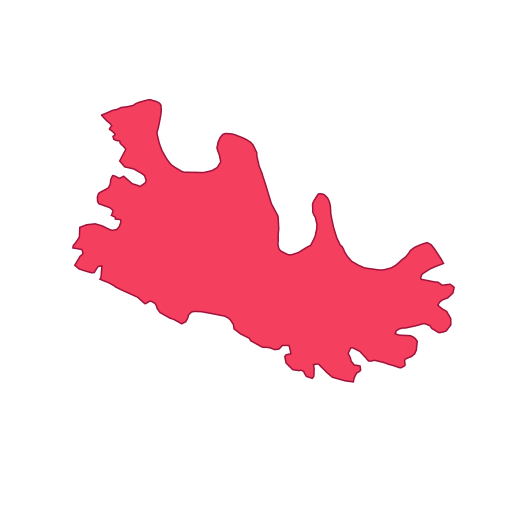 outline of Kafr Al-Zayyat, Al Gharbiyah, Egypt, rotated 119°
{"feature_id": "37247803B98548852573050", "entity_name": "Kafr Al-Zayyat", "entity_type": "district", "adm_level": 2, "iso_a3": "EGY", "parent_name": "Egypt", "parent_adm1": "Al Gharbiyah", "projection": "equal_earth", "projection_center": [30.818, 30.807], "detail": "fine", "context": "isolated", "style": "filled", "palette": "rose", "viewbox_px": 512, "rotation_deg": 119, "n_neighbors": 0, "source": "geoboundaries", "source_scale": "gbopen_adm2", "svg_char_len": 6030}
<svg xmlns="http://www.w3.org/2000/svg" viewBox="0 0 512 512"><g transform="rotate(119 256 256)"><path d="M187.5,67.4L187.0,68.8L186.6,72.6L190.9,78.4L191.4,79.0L191.1,80.3L190.7,84.1L192.2,87.5L196.3,100.3L194.8,101.6L191.4,102.0L183.2,97.7L178.7,94.3L176.1,92.2L173.1,89.6L172.0,88.8L171.6,88.4L168.9,92.6L163.0,103.9L161.2,108.3L161.3,112.7L162.9,114.4L165.5,116.8L168.1,118.9L171.6,121.5L174.5,122.8L176.3,123.6L179.6,123.8L183.8,124.5L188.9,126.7L192.7,127.9L196.8,129.5L200.8,131.9L205.6,136.9L207.8,140.0L209.4,143.7L210.8,147.5L212.5,151.8L213.8,155.4L214.4,161.6L214.3,169.9L213.9,170.8L211.9,176.3L209.5,180.5L207.5,182.9L206.0,185.3L205.6,187.8L204.3,189.4L201.2,193.9L193.5,201.9L187.8,206.9L185.3,209.0L182.9,211.0L179.8,212.9L176.8,214.8L173.9,217.2L171.9,219.7L170.7,221.3L170.1,222.9L169.7,224.4L169.4,225.7L169.4,227.4L170.1,229.2L170.5,230.3L171.7,231.6L177.0,232.0L181.7,232.0L183.8,231.4L188.1,228.7L189.3,228.2L190.5,227.2L192.2,224.9L193.6,222.6L195.5,221.0L198.8,218.0L199.5,217.7L201.5,216.7L203.7,215.7L206.4,215.1L209.6,213.9L213.0,213.6L216.4,213.5L220.0,213.3L224.6,216.3L225.2,216.6L232.1,220.4L234.1,222.1L237.0,224.8L237.3,225.1L239.0,227.5L239.4,230.1L239.5,232.9L239.6,236.6L238.9,238.8L238.1,240.0L236.0,241.7L234.9,242.7L231.7,244.0L228.4,245.9L226.3,247.1L221.2,249.3L216.5,252.2L214.6,253.4L212.1,254.9L210.3,256.3L205.4,263.9L202.8,267.9L194.0,277.0L189.3,281.8L182.7,288.9L181.0,290.6L175.9,296.8L168.1,303.8L165.2,305.5L160.5,312.1L159.2,315.6L159.1,316.1L159.1,316.6L159.1,317.1L159.0,317.6L159.0,318.2L159.0,318.7L158.9,319.2L158.9,319.7L158.9,320.2L158.9,320.7L158.9,321.2L158.9,321.7L158.9,322.2L158.9,322.8L159.0,323.3L159.0,323.8L159.0,324.3L159.1,324.8L159.1,325.3L159.2,325.8L159.2,326.3L159.3,326.8L159.4,327.3L159.5,327.8L159.5,328.3L159.6,328.8L159.7,329.5L159.8,330.3L159.9,331.0L159.9,331.7L160.1,332.5L160.2,333.2L160.3,333.9L160.5,334.6L160.7,335.3L160.9,336.0L161.2,336.7L161.5,337.4L161.7,338.1L162.0,338.7L162.4,339.3L162.7,340.1L162.9,340.7L163.2,341.2L163.6,341.9L164.1,342.6L164.7,343.1L165.1,343.5L165.5,343.7L165.8,343.9L166.1,344.0L166.6,344.2L170.0,344.8L175.0,344.3L177.9,343.3L180.2,342.7L182.5,340.5L185.5,336.9L187.8,335.0L190.7,332.5L197.3,332.7L202.8,336.0L208.2,342.0L208.9,343.1L212.1,349.3L214.7,354.1L216.8,358.1L217.5,359.0L217.7,359.9L218.0,362.2L217.8,369.6L217.5,373.2L216.8,375.8L215.4,379.0L214.3,381.3L209.7,388.9L205.8,393.6L203.5,396.0L200.6,398.6L197.6,401.4L195.9,402.5L192.7,403.3L190.2,403.9L183.1,406.2L178.6,407.7L173.8,409.8L172.1,411.2L170.7,411.8L170.0,412.6L169.4,413.7L169.1,415.3L169.2,418.3L170.0,421.4L170.4,423.7L171.0,425.1L172.8,427.2L175.6,430.1L179.0,433.5L181.7,435.4L183.9,436.4L188.4,441.6L191.4,445.9L195.1,448.5L198.3,452.2L203.0,455.7L207.1,459.0L207.6,459.7L207.6,459.8L209.1,455.3L209.8,453.1L210.0,452.6L210.6,449.3L211.1,447.3L211.3,446.7L212.0,445.3L212.8,445.5L215.5,445.9L216.2,445.5L216.6,442.1L217.7,438.3L219.2,438.2L220.7,439.1L222.9,437.0L222.6,433.6L221.4,431.0L223.3,429.3L224.4,425.1L224.8,424.0L225.7,421.6L229.3,421.5L239.0,421.3L241.7,414.0L240.8,411.1L239.1,405.0L239.2,396.5L239.2,395.7L239.8,392.3L243.4,388.5L245.9,388.4L248.8,389.8L251.5,391.2L251.5,393.1L252.8,399.4L250.4,410.4L254.3,413.1L254.5,418.4L255.2,420.4L259.4,420.1L262.0,419.1L264.3,418.2L267.2,418.2L268.0,418.2L270.4,419.6L273.1,421.4L274.9,422.6L277.5,424.0L280.8,423.4L281.4,423.3L285.1,421.0L286.5,418.8L284.6,407.3L285.0,404.7L286.2,402.5L288.0,402.6L289.5,402.2L290.6,402.2L290.3,397.9L291.9,396.9L289.9,392.3L290.6,391.2L291.8,390.7L296.6,389.8L300.4,390.7L302.3,392.9L303.0,393.7L303.8,396.2L303.8,397.1L304.0,399.7L304.1,402.7L304.3,405.6L305.0,408.6L305.4,410.3L305.8,412.2L310.8,419.3L316.4,424.0L325.2,419.6L332.0,420.2L335.4,420.9L337.7,420.1L334.7,411.3L337.9,408.4L339.2,408.8L341.5,409.7L345.8,409.8L352.0,410.0L353.1,404.4L352.6,401.9L352.3,400.0L351.3,395.5L350.4,391.7L348.9,389.5L341.8,389.1L339.4,386.0L343.2,384.2L344.8,383.5L349.8,381.2L351.9,381.3L351.6,377.6L350.8,372.1L350.8,369.5L350.8,365.3L351.2,364.0L350.9,357.2L350.7,355.1L350.5,352.5L350.1,347.8L349.8,344.0L349.5,340.7L349.4,339.7L350.5,335.0L351.6,330.3L351.3,329.5L346.8,326.9L346.4,325.6L346.4,322.2L346.8,320.5L348.7,318.0L349.8,317.1L352.0,312.4L352.0,307.7L352.1,301.4L351.9,300.3L351.3,297.1L351.3,288.1L347.6,285.6L343.8,285.6L339.7,286.4L337.1,285.5L336.0,285.1L334.6,283.2L334.1,282.6L333.0,280.4L331.1,276.6L328.5,268.9L327.8,266.8L326.3,262.1L323.7,254.0L323.7,251.8L323.7,249.7L324.1,248.4L324.4,247.2L326.7,242.9L327.4,242.1L330.4,239.9L331.6,231.8L331.2,222.0L332.7,219.5L332.7,210.5L332.7,206.7L332.0,204.6L330.9,202.9L329.4,199.0L329.4,198.2L328.7,193.9L327.5,192.5L326.4,190.9L323.8,190.1L321.5,189.6L318.2,183.7L323.4,179.0L324.9,178.1L325.7,179.4L326.8,180.7L328.3,182.0L330.1,182.0L335.0,177.8L337.6,168.8L335.4,162.8L334.3,161.6L333.9,160.7L333.9,158.2L335.0,156.9L336.9,153.5L336.2,150.0L335.8,147.5L333.5,147.1L331.3,147.9L329.1,149.2L326.4,150.5L323.1,153.0L320.4,149.6L320.5,147.9L321.6,144.5L322.1,142.4L323.5,137.7L325.0,130.4L324.2,127.0L322.0,117.7L320.5,113.8L318.9,109.8L316.0,110.8L312.6,111.2L309.6,111.2L306.7,109.5L305.2,109.1L303.5,110.3L301.8,111.6L302.2,113.3L303.7,117.2L301.8,121.9L300.3,123.1L298.4,125.3L296.5,128.2L295.0,128.3L290.5,128.6L290.2,128.2L289.4,126.9L289.1,118.8L290.6,114.2L291.7,110.8L292.8,108.2L293.2,106.5L292.1,104.4L289.8,101.8L287.6,94.1L286.8,90.3L286.5,87.7L285.7,84.8L285.0,81.4L284.2,76.7L283.5,75.0L280.1,72.8L279.0,72.8L275.3,75.4L273.8,75.4L270.8,73.2L268.9,71.5L264.8,69.8L260.3,70.2L259.5,70.6L258.4,71.1L253.2,73.3L252.4,73.6L250.9,77.0L250.6,79.6L250.9,82.5L255.8,92.4L256.5,96.6L253.2,97.0L250.2,95.3L247.9,92.8L246.4,90.2L240.8,83.8L238.8,81.6L236.3,79.1L234.5,77.4L233.7,76.1L233.4,75.7L233.0,72.7L232.6,70.2L234.1,67.2L234.5,59.1L233.4,57.4L231.1,54.8L229.2,53.3L221.8,52.2L216.5,55.2L214.3,58.6L212.8,61.2L212.0,62.4L212.0,67.1L210.9,73.1L207.5,73.1L204.2,71.8L199.7,68.0L192.9,65.8L190.0,66.7L187.5,67.4Z" fill="#f43f5e" stroke="#9f1239" stroke-width="1.5"/></g></svg>